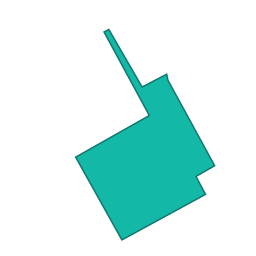 outline of Tom Green, Texas, United States of America, rotated 61°
{"feature_id": "52423323B87640997786605", "entity_name": "Tom Green", "entity_type": "district", "adm_level": 2, "iso_a3": "USA", "parent_name": "United States of America", "parent_adm1": "Texas", "projection": "mercator", "projection_center": [-100.612, 31.396], "detail": "fine", "context": "isolated", "style": "filled", "palette": "teal", "viewbox_px": 256, "rotation_deg": 61, "n_neighbors": 0, "source": "geoboundaries", "source_scale": "gbopen_adm2", "svg_char_len": 314}
<svg xmlns="http://www.w3.org/2000/svg" viewBox="0 0 256 256"><g transform="rotate(61 128 128)"><path d="M223.6,92.4L203.3,92.0L203.0,70.5L105.6,69.9L99.7,68.1L99.0,95.8L32.5,97.0L32.4,102.4L127.4,103.3L128.1,187.9L129.2,187.9L222.9,187.6L223.6,92.4Z" fill="#14b8a6" stroke="#0f766e" stroke-width="1.5"/></g></svg>